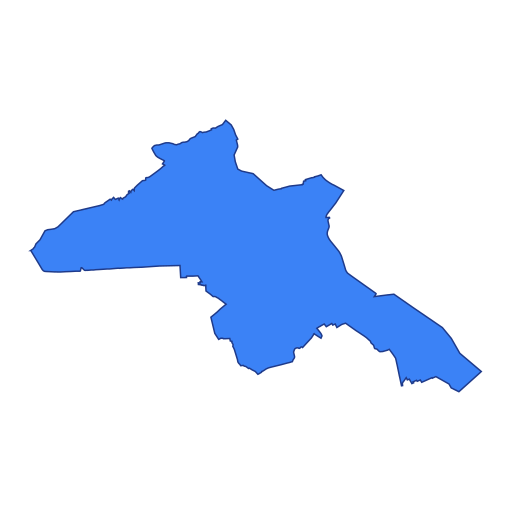 the district of Pitesti, Arges, Romania
{"feature_id": "2599482B71034334572374", "entity_name": "Pitesti", "entity_type": "district", "adm_level": 2, "iso_a3": "ROU", "parent_name": "Romania", "parent_adm1": "Arges", "projection": "robinson", "projection_center": [24.855, 44.857], "detail": "fine", "context": "isolated", "style": "filled", "palette": "blue", "viewbox_px": 512, "rotation_deg": 0, "n_neighbors": 0, "source": "geoboundaries", "source_scale": "gbopen_adm2", "svg_char_len": 6002}
<svg xmlns="http://www.w3.org/2000/svg" viewBox="0 0 512 512"><path d="M481.3,371.5L459.8,353.3L451.3,338.4L442.4,327.6L412.4,307.1L393.9,294.2L388.8,294.8L387.6,294.9L374.3,296.6L376.1,293.8L375.5,293.1L352.0,276.4L347.9,273.4L347.3,272.8L346.5,271.6L345.7,270.2L344.2,265.1L341.7,257.0L341.1,255.4L340.6,254.5L339.7,252.7L338.8,251.3L337.3,249.4L334.0,245.3L330.8,241.4L329.5,239.6L328.9,238.6L328.2,237.2L327.7,236.0L327.3,234.7L327.2,233.6L327.3,232.3L327.6,231.0L328.8,227.9L329.0,227.3L329.1,226.5L329.1,225.9L328.0,221.0L328.0,220.0L328.1,219.6L328.4,218.9L328.8,218.5L329.6,218.0L329.4,217.4L326.0,217.5L326.1,216.4L326.8,214.6L328.6,212.1L332.1,207.7L333.6,205.7L335.6,203.2L343.8,190.5L333.9,185.1L332.1,184.3L329.4,182.7L327.5,181.4L325.6,180.0L323.0,177.4L321.1,174.8L318.0,175.9L317.7,176.0L314.5,176.8L314.5,177.2L313.8,177.4L312.6,177.7L311.8,177.7L309.0,178.5L306.1,179.4L305.4,179.6L305.7,180.7L303.6,181.2L303.2,184.1L302.4,184.2L302.3,184.7L289.6,186.1L287.1,186.8L281.5,188.3L281.4,188.7L278.2,189.2L273.9,190.3L266.6,185.7L253.2,173.7L241.6,171.1L237.8,169.1L235.3,161.7L234.1,155.0L237.7,147.0L237.6,145.2L236.3,140.1L237.8,139.1L235.6,134.9L233.7,129.4L231.2,124.9L225.7,120.3L222.8,124.1L221.9,124.9L221.4,125.0L218.2,126.4L216.8,127.2L215.5,128.1L213.3,128.0L212.3,128.3L211.2,128.9L211.5,129.8L209.4,130.8L208.5,131.1L206.2,132.0L204.0,132.2L202.4,132.6L201.3,132.0L200.0,131.6L199.1,132.1L198.3,133.2L197.2,133.9L195.2,136.6L190.9,138.3L189.9,139.0L188.7,140.6L186.9,141.7L184.5,142.2L183.3,142.2L182.4,142.4L181.7,142.6L179.9,143.8L178.0,144.2L177.1,144.6L176.4,144.8L174.3,144.4L172.9,143.7L169.0,142.8L166.0,142.8L164.6,143.1L159.5,144.8L158.5,145.0L156.8,145.0L154.4,145.6L152.4,147.5L151.9,148.4L153.3,151.2L154.0,152.5L155.8,155.5L156.4,156.1L157.0,156.6L157.9,157.3L160.2,158.6L164.3,160.7L164.4,161.0L162.5,163.9L163.7,164.5L164.8,165.2L164.8,165.3L163.2,166.3L161.8,167.6L159.8,169.3L157.6,171.0L153.8,173.8L150.1,176.5L149.1,177.1L148.2,177.4L147.5,177.6L146.3,177.6L145.9,177.8L145.7,178.1L145.7,179.1L145.7,180.0L145.0,180.4L142.8,180.6L142.3,180.8L137.4,185.1L135.9,186.6L134.8,187.7L134.4,188.2L134.3,188.9L134.2,190.6L132.9,189.3L131.6,190.3L131.2,190.8L130.8,192.3L129.3,190.8L128.7,191.2L129.1,191.8L128.5,192.2L129.2,193.2L127.6,194.3L126.7,195.1L126.3,195.8L125.5,196.9L124.6,197.3L123.8,197.8L123.3,198.0L123.0,198.4L122.7,198.6L122.6,199.1L121.4,198.5L120.6,197.6L119.7,198.3L119.5,199.0L119.1,200.1L118.9,199.8L118.9,199.2L118.7,198.3L118.3,198.1L117.2,198.6L116.4,199.0L115.3,199.4L113.6,197.4L112.3,198.7L111.8,199.2L111.4,200.1L110.1,199.2L107.4,201.1L105.9,202.1L104.6,203.1L103.8,204.2L103.1,204.5L99.5,205.6L73.5,211.7L57.9,226.9L54.7,228.7L51.1,229.3L47.7,229.7L45.0,230.8L40.0,239.8L36.0,243.8L34.6,247.1L33.7,248.0L33.2,248.8L30.7,250.5L30.8,250.5L38.7,263.6L42.2,269.5L43.3,270.7L44.0,271.1L44.5,271.3L44.9,271.4L46.2,271.5L50.4,271.7L54.3,271.9L55.6,271.9L58.1,272.0L59.9,272.0L60.3,272.0L65.3,271.7L70.9,271.5L75.8,271.2L80.0,271.2L80.4,270.9L81.1,267.8L81.3,267.7L81.6,267.7L81.9,267.8L82.4,268.3L84.3,270.1L84.6,270.3L85.4,270.4L86.6,270.3L87.9,270.3L91.2,270.0L93.5,270.0L95.7,269.7L99.5,269.5L106.9,269.0L109.3,269.0L118.1,268.2L119.7,268.3L124.4,268.0L126.5,267.8L129.5,267.8L134.0,267.5L142.2,267.2L159.5,266.0L180.0,265.5L180.7,277.6L184.3,277.6L186.5,277.5L186.4,276.5L186.5,276.3L186.7,276.1L191.2,276.1L193.1,276.1L196.6,275.9L197.9,275.8L198.7,276.9L199.5,278.1L200.8,280.0L201.9,281.8L200.1,281.7L200.1,282.4L200.3,282.4L200.2,283.0L198.3,282.8L198.4,284.5L201.3,284.8L201.3,285.0L201.9,285.1L202.0,285.2L202.5,285.1L202.8,285.3L203.5,285.3L203.7,285.6L203.8,285.6L204.0,285.6L204.9,285.6L205.5,285.3L205.5,285.2L205.8,285.2L205.8,286.9L206.0,291.0L210.5,294.3L213.0,296.5L213.4,296.6L214.2,296.5L215.3,296.6L215.6,296.7L216.7,297.4L218.6,298.4L219.1,298.9L220.8,300.1L224.4,302.9L226.1,304.2L220.2,309.1L217.2,312.0L210.9,317.2L214.8,333.4L218.7,339.4L220.9,338.2L222.9,338.3L223.3,338.7L225.5,338.7L227.1,338.6L229.8,338.5L230.3,341.0L231.9,341.3L231.9,342.6L233.0,344.4L233.1,344.9L232.8,346.3L233.8,348.2L234.4,349.6L237.6,360.1L237.6,360.7L238.0,362.2L238.9,363.5L239.8,364.3L240.7,365.7L243.3,365.4L244.1,366.1L245.9,366.5L248.6,368.5L249.5,368.2L252.0,369.8L255.2,371.4L255.7,371.9L257.9,374.3L258.9,373.8L260.7,372.7L261.1,372.5L261.6,372.1L261.7,371.9L261.7,371.5L262.1,371.4L263.2,370.9L266.2,368.9L267.5,368.3L268.7,367.8L271.3,367.1L274.2,366.4L281.1,364.7L287.4,363.0L289.2,362.6L290.5,362.2L291.7,361.8L292.0,361.8L292.3,361.7L292.6,361.1L292.9,360.2L294.3,358.0L294.5,357.5L294.6,356.8L294.5,356.2L293.8,353.2L293.6,352.2L293.7,351.4L294.1,350.8L294.1,350.4L294.7,349.0L295.0,348.8L295.1,348.6L296.3,348.0L297.1,347.8L298.0,347.9L299.2,348.4L299.9,348.1L300.6,347.5L301.0,347.0L301.4,346.9L301.9,347.0L302.5,347.4L302.6,347.5L307.0,342.7L309.7,339.8L310.3,339.1L311.1,338.3L312.3,336.6L313.8,334.2L314.0,334.0L313.9,333.9L314.2,333.7L314.3,333.9L318.1,336.4L319.1,337.0L321.0,338.2L322.0,335.9L321.4,334.4L320.7,333.2L320.3,332.7L319.8,332.0L318.3,330.1L316.8,328.3L319.4,326.6L319.7,326.6L321.6,325.4L322.0,325.2L324.2,324.0L326.3,326.7L331.8,323.5L332.8,325.1L335.2,324.0L336.9,327.5L341.5,324.6L342.4,324.2L345.6,323.2L356.0,330.6L359.1,332.6L361.6,334.3L363.6,335.6L366.4,337.6L369.0,340.0L370.4,341.2L370.9,342.6L371.1,343.0L373.5,345.1L373.9,346.1L374.1,346.9L374.4,348.0L374.8,348.5L375.0,348.7L376.2,348.9L376.9,349.1L377.6,349.8L378.6,350.8L379.5,351.5L380.0,351.7L382.9,351.5L383.8,351.2L387.4,350.2L389.3,349.3L389.5,349.6L391.8,352.7L393.2,354.6L395.6,358.2L396.3,361.2L396.9,364.0L397.0,364.3L398.2,370.1L399.4,376.0L399.8,377.7L401.5,385.8L402.6,385.6L402.4,383.4L402.6,382.7L404.1,380.7L406.2,377.7L407.3,379.9L408.1,379.4L408.8,379.5L409.4,379.2L409.9,380.2L411.9,383.6L413.6,382.8L413.0,381.9L416.5,380.3L417.2,381.3L420.3,380.0L421.7,382.3L432.0,377.7L432.3,378.2L435.9,376.6L449.0,384.0L451.2,387.9L458.9,391.7L479.6,373.1L481.3,371.5Z" fill="#3b82f6" stroke="#1e3a8a" stroke-width="1.5"/></svg>